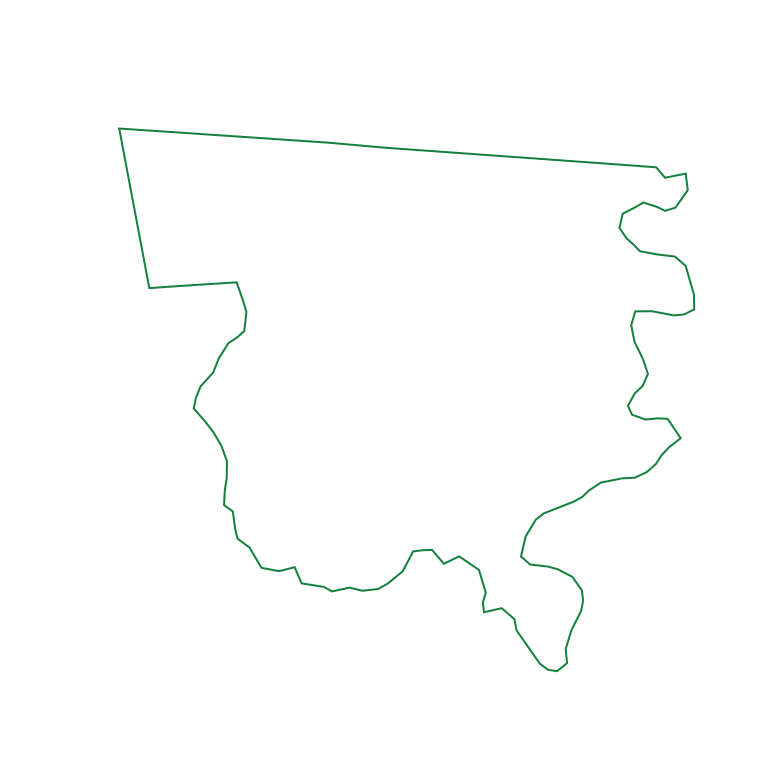 Santarém Novo, Pará, Brazil (Robinson projection), rotated 189°
{"feature_id": "56859067B39326540925346", "entity_name": "Santarém Novo", "entity_type": "district", "adm_level": 2, "iso_a3": "BRA", "parent_name": "Brazil", "parent_adm1": "Pará", "projection": "robinson", "projection_center": [-47.361, -0.902], "detail": "fine", "context": "isolated", "style": "outline", "palette": "green", "viewbox_px": 768, "rotation_deg": 189, "n_neighbors": 0, "source": "geoboundaries", "source_scale": "gbopen_adm2", "svg_char_len": 1550}
<svg xmlns="http://www.w3.org/2000/svg" viewBox="0 0 768 768"><g transform="rotate(189 384 384)"><path d="M149.0,640.6L179.1,638.1L412.0,618.2L426.2,617.1L477.2,613.6L685.5,594.9L630.8,442.0L588.0,451.8L545.4,461.4L536.0,443.7L531.2,433.7L530.3,414.4L536.5,406.9L544.1,400.0L551.2,383.4L554.5,368.6L564.8,353.0L567.6,340.7L568.1,330.1L554.0,318.3L544.4,309.1L534.7,297.1L527.0,283.1L524.6,266.5L524.6,253.8L523.0,239.3L513.4,234.5L508.3,217.4L504.4,208.3L491.2,201.4L476.3,183.3L458.3,182.7L443.6,189.1L434.2,174.2L411.6,174.2L403.0,171.0L386.1,177.5L372.9,176.4L357.8,180.6L348.8,187.7L336.2,202.0L329.0,223.2L319.6,225.9L310.6,227.6L296.7,215.8L282.9,225.5L261.2,215.3L250.8,193.9L252.2,183.7L249.5,174.2L232.6,181.0L218.4,172.1L214.6,161.5L186.3,132.1L177.3,127.4L168.3,127.4L159.5,136.9L163.1,150.7L160.4,170.0L153.8,190.8L153.4,201.0L156.2,211.0L167.6,222.8L183.3,228.2L193.3,229.3L211.6,228.6L221.7,235.1L220.3,255.5L212.7,274.0L206.1,281.1L178.2,297.5L170.7,303.3L165.0,310.8L154.3,320.6L133.9,328.1L121.8,330.6L110.8,338.0L102.9,347.6L98.5,357.4L92.4,366.3L82.5,376.9L98.5,394.0L108.0,392.9L120.4,389.8L134.3,392.5L139.6,400.6L134.9,413.9L128.2,422.5L124.9,435.2L132.1,449.1L143.3,465.1L149.0,480.7L147.2,495.1L130.3,497.8L108.4,497.1L98.5,499.6L89.3,506.3L91.9,521.1L96.8,531.2L104.4,547.7L116.5,555.4L134.5,554.7L151.9,555.2L159.3,560.6L167.4,566.0L175.8,574.9L174.9,589.5L164.1,597.4L156.2,603.8L142.4,601.7L133.4,599.0L123.7,603.8L114.3,623.0L118.9,639.0L138.7,631.7L149.0,640.6Z" fill="none" stroke="#15803d" stroke-width="2"/></g></svg>